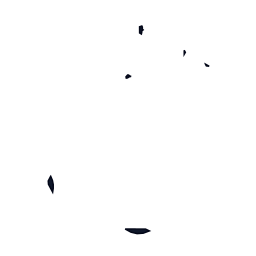 the Atoll of Lhaviyani, rotated 99°
{"feature_id": "MDV-5229", "entity_name": "Lhaviyani", "entity_type": "Atoll", "adm_level": 1, "iso_a3": "MDV", "parent_name": "Maldives", "parent_adm1": "", "projection": "natural_earth1", "projection_center": [73.476, 5.394], "detail": "coarse", "context": "isolated", "style": "filled", "palette": "ink", "viewbox_px": 256, "rotation_deg": 99, "n_neighbors": 0, "source": "natural_earth", "source_scale": "10m", "svg_char_len": 704}
<svg xmlns="http://www.w3.org/2000/svg" viewBox="0 0 256 256"><g transform="rotate(99 128 128)"><path d="M226.3,90.8L229.5,96.5L230.9,102.5L230.4,108.8L228.2,115.0L225.1,94.8L226.3,90.8ZM203.1,192.4L196.1,197.7L192.8,198.5L188.0,196.9L187.8,196.8L191.7,194.4L195.6,193.0L199.4,192.4L203.1,192.4ZM28.7,128.4L29.7,129.5L31.7,129.4L31.9,129.4L33.1,129.5L32.3,131.4L26.2,132.4L25.1,130.3L26.1,129.6L27.9,129.4L28.7,128.4ZM76.6,132.9L76.6,133.1L77.3,134.9L78.6,136.3L79.0,137.5L77.8,138.0L75.7,136.7L75.6,135.7L76.3,134.5L76.6,132.9ZM46.4,84.0L42.7,84.6L42.4,84.7L44.3,83.2L46.4,84.0ZM54.3,57.5L54.3,57.8L54.4,60.3L53.0,61.4L52.8,61.5L54.3,57.5Z" fill="#0f172a" stroke="#020617" stroke-width="1.5"/></g></svg>